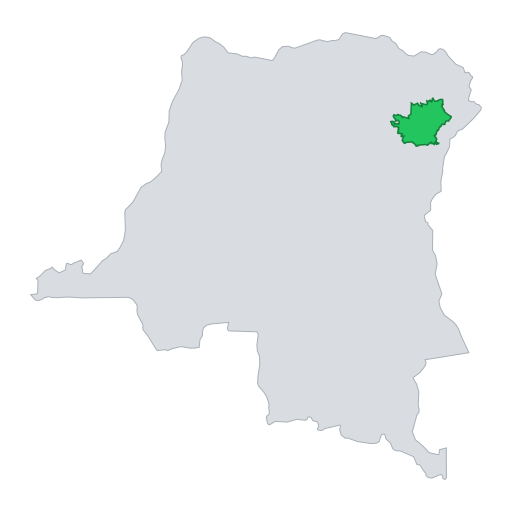 location of Mambasa, Orientale, Democratic Republic of the Congo
{"feature_id": "63176286B5401694360976", "entity_name": "Mambasa", "entity_type": "district", "adm_level": 2, "iso_a3": "COD", "parent_name": "Democratic Republic of the Congo", "parent_adm1": "Orientale", "projection": "mercator", "projection_center": [28.693, 1.532], "detail": "fine", "context": "in_parent", "style": "filled", "palette": "green", "viewbox_px": 512, "rotation_deg": 0, "n_neighbors": 0, "source": "geoboundaries", "source_scale": "gbopen_adm2", "svg_char_len": 9252}
<svg xmlns="http://www.w3.org/2000/svg" viewBox="0 0 512 512"><path d="M468.9,352.7L425.1,359.7L426.0,362.2L425.6,364.8L424.4,366.9L420.0,372.4L413.4,377.4L413.3,378.6L416.7,384.2L418.8,391.9L418.2,405.5L419.1,409.2L419.0,412.1L416.8,415.3L412.3,431.7L415.3,439.6L424.0,447.1L429.0,452.6L437.6,454.6L439.0,454.3L439.5,449.7L446.3,447.9L446.4,477.3L445.8,479.0L444.6,479.4L442.9,478.4L442.4,475.6L440.6,474.4L432.3,478.0L430.2,477.9L427.9,477.3L426.2,475.8L425.7,473.6L419.8,465.0L416.9,464.4L413.6,456.7L400.5,451.0L395.5,450.6L392.9,448.9L390.3,442.8L385.9,438.9L384.9,434.6L384.0,434.0L381.3,434.9L379.1,441.7L376.1,443.3L370.7,443.5L357.2,441.5L347.6,438.0L345.1,438.2L341.2,435.0L339.7,429.8L340.5,425.7L339.8,425.1L325.1,428.5L321.6,430.6L318.3,430.1L317.3,429.0L318.7,426.2L318.0,423.1L316.9,421.7L312.6,420.6L311.2,417.4L308.5,416.9L307.6,417.4L307.0,419.6L305.4,420.3L296.7,419.3L287.5,422.1L275.3,421.4L269.5,424.8L268.6,424.7L267.4,423.0L266.3,417.4L266.9,415.9L268.7,414.8L269.3,412.6L268.7,406.9L269.2,405.5L268.5,402.2L266.7,396.9L264.2,392.7L258.7,386.2L257.6,383.2L258.0,376.0L259.8,364.7L259.6,356.3L257.3,350.8L256.9,344.9L258.3,334.3L256.9,331.8L229.1,330.9L228.0,330.1L227.4,328.6L228.7,322.4L211.8,323.9L206.7,325.1L203.6,327.7L202.6,330.9L202.5,335.5L199.9,339.9L199.2,347.3L194.5,348.1L189.8,348.1L180.8,346.6L172.0,348.7L167.7,350.7L165.4,349.7L157.6,350.5L156.5,349.9L147.5,335.3L143.5,330.4L142.7,328.0L143.1,325.7L142.0,322.7L137.8,315.2L137.0,311.7L137.2,306.2L136.7,304.4L132.9,299.7L130.4,298.1L127.7,297.3L82.4,297.9L67.4,297.0L56.5,297.7L50.9,297.3L49.4,296.6L44.4,297.6L41.8,299.5L37.8,300.6L35.4,300.1L30.7,294.7L37.1,293.8L37.6,293.2L38.0,280.3L36.3,278.4L39.8,276.2L45.3,270.5L50.7,268.4L51.4,267.3L52.5,267.3L54.5,269.7L59.1,272.9L64.9,270.1L65.5,269.3L66.3,263.8L67.7,263.3L70.2,264.5L71.5,264.5L74.1,262.9L81.4,260.1L83.6,263.7L81.6,266.9L82.5,269.2L82.7,272.7L83.9,273.5L89.7,273.9L91.4,273.1L102.9,260.3L105.9,258.8L110.8,253.7L117.2,251.5L120.0,247.5L123.7,240.3L125.4,230.0L124.8,212.3L125.3,209.9L133.0,201.9L141.0,187.4L146.4,183.5L150.5,182.0L156.7,176.7L161.7,171.4L161.0,164.9L162.1,159.6L164.8,152.8L165.7,145.7L164.8,138.1L165.2,131.9L168.9,122.1L169.2,110.8L172.5,101.3L179.1,89.2L182.2,80.2L181.6,71.4L182.5,64.8L182.2,61.0L180.9,57.6L181.5,55.5L184.0,54.7L187.2,51.3L192.8,42.6L198.8,38.4L203.0,37.0L207.4,37.2L210.2,37.9L214.8,41.3L220.1,44.1L224.1,47.5L228.0,52.8L237.4,54.0L241.4,55.9L243.8,56.6L244.8,56.1L246.7,56.4L251.1,57.9L254.7,57.1L272.0,60.5L274.0,58.8L278.9,49.7L282.5,46.6L288.4,46.3L293.1,48.0L295.6,48.0L316.9,40.2L319.7,39.8L327.4,41.7L332.5,40.4L334.5,40.8L338.9,39.5L342.4,34.0L345.4,32.6L376.0,38.6L380.7,35.7L383.0,35.3L389.8,37.4L391.9,40.8L395.9,43.7L398.9,48.5L403.4,51.1L405.7,53.7L408.4,55.4L414.0,56.1L421.1,51.8L426.1,52.2L431.1,54.5L432.8,54.5L436.6,51.9L438.6,49.2L440.6,48.7L443.5,49.8L446.0,52.3L448.1,56.0L455.8,64.2L463.2,67.6L465.0,72.7L467.7,72.2L469.1,72.7L471.0,75.8L472.3,76.5L472.6,77.7L470.7,80.7L469.0,86.4L471.3,89.9L469.4,95.1L468.4,100.3L470.8,101.6L473.9,101.6L476.7,104.3L479.0,104.7L481.3,107.6L480.8,110.0L473.4,118.6L462.5,129.1L458.8,130.4L456.8,132.3L455.5,135.4L452.3,138.0L449.8,139.0L449.6,146.6L445.9,154.4L444.5,156.1L442.5,168.8L442.8,171.0L440.8,181.5L441.2,191.2L435.8,194.3L432.2,199.0L430.6,202.4L430.6,210.3L424.6,215.1L424.2,216.2L425.7,221.8L427.9,222.7L427.9,224.6L432.8,230.6L432.5,249.1L432.8,250.9L435.4,255.3L437.1,263.7L435.2,274.3L441.9,293.9L438.9,301.1L440.3,307.9L444.3,315.1L453.7,322.2L456.2,325.2L458.6,329.1L460.8,335.2L468.9,352.7Z" fill="#d9dde1" stroke="#a8b0b8" stroke-width="1"/><path d="M404.3,143.3L404.5,143.4L404.9,143.3L405.0,143.0L405.3,142.7L405.5,142.7L405.5,142.4L406.2,142.5L407.6,142.2L409.8,142.1L411.9,141.9L412.2,142.2L412.4,142.1L412.8,142.4L412.8,142.7L413.1,142.7L413.2,142.8L413.6,143.0L413.9,143.4L414.2,143.4L414.3,143.5L414.5,143.7L414.7,144.0L415.2,144.4L415.2,144.5L415.3,144.5L415.8,145.0L415.7,145.2L415.7,145.5L415.9,145.8L416.3,145.5L417.0,145.5L417.0,145.8L417.0,146.1L417.6,145.9L417.9,145.6L418.2,145.7L418.4,145.5L418.8,145.5L419.2,145.2L419.3,144.8L419.5,144.6L419.8,144.9L420.2,144.9L422.9,144.8L425.2,144.5L425.9,144.6L426.9,145.1L427.3,145.1L427.7,145.1L427.9,144.6L428.6,144.4L429.1,143.9L429.2,143.5L429.9,143.3L430.0,142.9L430.1,143.0L430.3,143.0L430.5,142.7L431.4,142.4L431.4,142.6L431.6,142.9L431.7,143.1L431.8,142.9L432.0,143.1L432.3,143.3L432.7,143.6L432.8,143.8L433.5,143.8L433.8,144.1L434.3,144.5L434.4,144.3L434.2,143.8L434.5,143.1L434.5,142.8L434.8,142.3L435.2,142.1L435.3,142.2L435.2,142.5L435.6,142.9L435.4,143.1L435.3,143.5L436.0,143.8L436.5,144.3L436.8,144.1L437.8,144.0L438.3,143.8L438.7,143.6L438.6,143.0L437.7,143.0L437.2,142.6L436.8,142.5L436.7,142.2L436.4,141.9L436.1,142.0L435.7,141.6L436.1,141.3L436.3,140.7L436.1,140.3L436.3,139.8L436.3,138.9L436.6,138.9L436.5,138.5L436.3,138.4L436.2,137.8L435.8,137.5L435.5,137.0L435.1,136.9L434.9,136.8L434.9,136.3L434.6,136.2L434.6,135.8L434.4,135.7L434.9,135.3L434.9,135.0L435.5,135.0L435.8,134.9L435.8,134.5L436.0,134.4L436.0,133.9L436.4,133.7L436.3,133.3L436.5,132.9L436.3,132.3L436.4,132.1L436.7,131.9L437.0,131.6L436.9,131.3L437.3,130.8L437.1,130.8L437.1,130.7L437.3,130.4L437.6,130.3L437.8,130.5L438.0,130.4L437.8,130.0L438.0,130.0L438.1,130.3L438.4,130.2L438.7,129.8L438.7,129.4L438.9,128.5L438.9,128.1L439.6,127.7L440.0,127.3L440.0,127.0L440.1,126.8L440.0,126.5L440.4,126.2L440.8,126.1L441.3,126.0L441.4,125.1L442.0,124.3L442.5,123.9L443.0,124.0L443.2,124.4L443.5,124.5L444.0,124.5L444.7,124.4L444.6,124.2L445.1,122.9L445.4,122.7L445.4,122.2L445.7,121.5L445.7,121.4L446.0,121.4L446.2,121.2L446.9,120.8L448.6,121.1L448.8,121.0L449.5,119.4L449.9,119.2L450.8,118.1L451.0,117.7L451.2,116.8L450.9,116.8L450.9,116.5L450.9,116.3L449.9,115.8L448.5,114.9L447.4,114.1L444.7,112.0L444.7,111.6L444.3,111.2L444.5,111.1L444.6,110.9L444.4,110.5L444.2,110.3L443.9,109.3L443.7,109.2L443.4,109.3L443.4,109.0L443.2,108.7L442.9,108.4L442.9,108.1L442.3,107.4L442.3,106.7L442.0,106.6L441.9,106.3L441.9,106.1L442.2,106.0L441.8,104.6L441.9,104.4L442.8,104.7L443.2,104.3L443.1,104.0L442.7,103.6L442.7,103.4L442.8,103.2L442.6,102.3L442.8,101.8L442.9,101.0L442.5,99.9L442.5,99.5L442.0,99.4L441.7,99.5L441.4,99.5L441.1,99.4L440.5,99.4L440.0,99.7L439.5,99.7L438.9,100.0L438.2,100.4L438.0,100.8L437.5,100.8L437.4,101.0L437.2,101.1L436.7,101.0L436.2,101.2L435.3,101.3L435.0,101.2L434.9,101.2L434.7,101.1L434.6,100.8L434.2,100.6L433.9,100.1L433.1,98.7L432.9,98.2L432.5,98.4L432.3,98.6L432.4,100.3L432.2,100.6L432.0,100.8L431.7,101.6L431.0,100.6L430.5,100.3L430.3,100.3L430.1,100.6L429.7,100.4L429.6,100.6L429.8,101.0L429.5,100.9L429.2,100.7L428.5,101.1L428.6,101.5L428.3,101.8L428.0,101.2L427.6,101.3L427.3,101.5L427.1,101.1L426.8,100.9L426.8,101.2L427.0,101.7L427.2,101.9L427.2,102.3L427.5,102.5L427.5,102.9L427.5,103.0L427.2,103.4L427.0,104.2L427.0,104.3L426.8,104.7L424.1,104.2L422.8,103.8L422.4,104.0L422.2,103.9L421.7,103.9L421.5,103.7L420.7,103.1L420.7,103.5L421.0,103.8L421.3,104.1L421.4,104.4L421.6,104.4L421.7,104.8L421.8,104.9L422.1,105.6L422.3,105.7L422.3,106.0L422.2,106.2L422.2,106.3L422.2,106.5L422.0,106.8L421.6,106.4L421.4,106.2L420.9,106.3L420.8,106.1L420.4,105.9L420.0,105.6L419.8,105.6L419.2,105.3L418.9,105.4L418.7,104.9L418.4,104.7L418.1,104.1L417.8,103.7L417.8,103.4L417.6,103.2L413.6,105.1L413.3,105.1L412.8,104.1L412.1,103.5L411.5,103.2L411.3,103.1L411.4,103.7L410.9,114.1L410.7,114.5L409.8,114.8L408.4,115.9L408.3,116.2L408.4,116.4L408.4,117.3L408.6,117.9L409.0,118.4L408.8,118.6L408.1,118.4L404.4,117.1L403.5,116.9L403.0,116.9L402.5,117.0L402.5,117.4L402.6,117.6L402.4,117.7L402.0,116.7L401.5,116.0L401.2,116.3L400.8,116.0L400.3,115.2L398.8,115.1L398.3,114.6L398.0,114.5L397.7,114.5L397.2,114.7L396.7,115.5L396.4,115.6L395.1,115.3L394.6,115.1L394.1,114.7L393.9,114.8L393.6,115.2L393.4,115.8L393.3,116.5L393.5,116.8L394.3,118.1L395.5,119.3L395.3,120.9L395.4,121.2L396.0,120.8L396.6,120.7L396.8,120.8L397.0,120.7L397.2,120.3L397.7,120.4L398.1,120.3L399.3,121.9L399.4,122.3L399.2,122.8L399.0,123.3L398.6,123.3L398.0,123.5L398.0,123.8L398.4,123.9L398.5,124.3L398.0,124.1L396.6,123.9L396.2,123.8L395.9,123.5L395.6,123.4L395.3,123.5L394.9,124.0L394.6,124.0L394.1,123.8L394.0,123.5L394.1,122.6L393.8,122.0L393.3,121.6L392.6,121.4L392.4,121.4L392.2,121.3L391.8,121.3L391.4,121.5L390.8,121.6L390.9,122.1L391.2,122.7L391.6,123.1L391.7,124.2L391.9,124.4L391.9,124.7L392.1,124.8L392.5,124.9L392.9,125.5L393.4,125.9L393.7,126.2L393.8,126.7L394.4,126.7L394.7,126.2L394.9,126.3L395.0,126.5L395.5,126.7L395.9,126.6L396.2,126.5L396.8,126.5L397.1,126.8L397.4,126.9L397.7,127.1L398.0,127.2L398.1,127.3L398.3,127.5L398.5,127.4L398.7,127.6L398.3,128.7L398.4,129.0L398.8,129.3L398.7,129.5L398.1,129.7L398.1,130.1L398.5,131.2L397.7,131.9L397.8,133.1L398.1,133.0L398.4,133.2L398.5,133.4L398.8,133.2L399.2,133.3L399.7,133.2L400.0,133.6L400.4,133.8L400.6,133.8L400.7,133.7L400.9,133.5L401.4,133.6L401.6,133.7L401.9,133.6L402.3,133.7L402.4,133.9L402.1,134.6L401.0,136.0L401.2,136.4L401.3,136.3L401.7,136.5L401.8,136.5L402.0,136.3L402.2,136.6L402.6,136.6L403.3,136.2L403.5,136.1L403.6,136.4L403.9,136.3L402.8,138.4L402.4,139.7L402.4,140.3L402.6,140.4L402.3,140.7L404.1,143.0L404.3,143.3Z" fill="#22c55e" stroke="#15803d" stroke-width="1.5"/></svg>